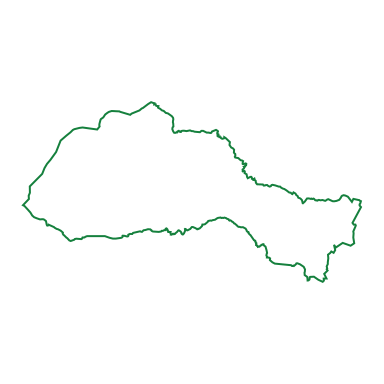 Posaga, Alba, Romania
{"feature_id": "2599482B27316510351450", "entity_name": "Posaga", "entity_type": "district", "adm_level": 2, "iso_a3": "ROU", "parent_name": "Romania", "parent_adm1": "Alba", "projection": "mercator", "projection_center": [23.36, 46.459], "detail": "fine", "context": "isolated", "style": "outline", "palette": "green", "viewbox_px": 384, "rotation_deg": 0, "n_neighbors": 0, "source": "geoboundaries", "source_scale": "gbopen_adm2", "svg_char_len": 6042}
<svg xmlns="http://www.w3.org/2000/svg" viewBox="0 0 384 384"><path d="M350.6,245.7L354.2,243.3L353.3,237.5L353.6,233.2L353.3,231.5L355.8,225.6L355.4,224.6L353.7,224.6L352.5,222.9L361.0,207.1L359.6,205.5L359.7,204.6L359.6,204.3L360.3,203.3L360.9,201.2L360.0,200.9L359.4,200.2L353.4,198.9L351.9,201.9L347.9,196.7L345.5,195.6L343.7,195.2L342.2,195.7L341.5,196.3L340.9,197.6L339.3,199.8L336.5,200.9L334.1,201.3L332.6,201.2L328.3,199.2L327.3,199.5L325.4,200.8L325.0,200.8L322.5,200.0L320.4,200.3L318.9,199.9L318.1,200.1L317.6,200.6L316.7,200.3L316.4,200.5L315.2,200.2L314.3,199.1L313.6,198.6L312.5,199.0L311.6,198.6L311.0,199.0L310.3,198.7L308.3,198.4L307.0,198.5L304.8,201.6L302.9,203.3L302.7,203.2L302.0,200.2L300.8,198.9L300.2,198.4L298.3,197.7L297.6,196.0L296.2,195.0L295.9,194.2L295.4,193.5L293.5,192.4L292.4,194.1L291.9,193.9L290.7,192.7L289.2,192.5L286.5,190.4L284.3,189.0L282.9,188.6L281.2,187.7L280.1,186.6L278.8,186.6L275.2,185.4L272.5,184.8L271.5,185.1L270.8,186.2L269.7,186.6L268.3,186.0L267.1,185.0L265.2,185.2L264.9,185.5L264.2,185.5L263.6,185.5L262.9,184.5L257.1,184.3L256.7,183.9L256.6,183.5L255.9,182.8L255.7,180.8L254.8,180.1L254.4,178.6L254.1,178.8L253.9,180.0L253.2,179.9L253.0,179.0L251.9,178.8L251.9,177.8L251.4,176.9L250.3,176.9L247.8,178.2L247.1,177.0L246.6,174.3L244.6,173.1L244.8,171.4L244.4,171.0L242.8,171.4L242.6,171.1L242.9,170.6L242.6,169.5L243.9,168.5L244.3,167.4L243.9,166.8L245.1,166.5L245.1,165.8L246.1,165.3L246.3,163.8L245.7,163.4L243.1,164.2L242.7,164.0L242.6,163.2L243.1,161.1L242.1,160.5L240.6,160.2L238.3,158.1L235.2,157.5L234.8,156.8L235.4,155.3L235.2,153.9L234.6,153.5L233.9,152.6L234.1,149.7L233.0,148.4L231.2,147.5L229.5,145.0L229.9,142.1L225.6,138.0L224.3,137.2L224.3,138.0L223.9,138.4L222.2,138.8L221.0,138.1L220.7,137.3L219.6,137.2L219.6,136.4L218.2,136.5L217.7,136.1L217.5,135.9L218.5,134.7L218.5,134.4L217.9,134.0L217.3,133.9L217.2,133.0L218.0,131.6L217.9,131.2L217.7,130.9L216.0,129.9L212.0,131.5L211.3,132.8L210.4,133.0L208.5,132.6L206.7,132.6L203.2,130.9L201.4,130.9L199.9,132.2L194.6,131.7L192.9,131.1L191.7,131.1L190.0,130.4L186.5,131.1L183.9,130.7L182.2,130.8L181.2,131.1L181.0,131.9L180.2,132.0L178.8,130.8L178.5,130.9L178.2,131.4L177.8,131.3L177.4,131.5L177.2,131.7L177.1,132.4L176.2,132.4L175.7,132.8L174.2,132.8L173.2,131.4L172.3,129.1L172.6,127.4L173.4,126.5L173.2,123.4L172.9,122.4L173.0,120.8L173.3,119.6L173.2,118.4L173.1,117.9L172.1,116.5L171.6,116.0L167.9,113.4L165.8,112.9L163.7,110.9L162.0,110.4L160.1,108.8L158.4,107.9L158.0,107.6L158.4,106.1L156.3,105.9L155.7,104.8L155.6,104.3L154.3,104.5L154.4,104.1L154.2,103.9L154.4,103.2L153.6,103.1L151.1,102.2L148.2,104.0L142.9,108.0L141.7,108.5L139.5,110.4L131.6,113.6L130.2,114.8L120.1,111.8L119.5,111.4L111.7,111.0L108.9,111.9L107.6,112.7L105.2,114.5L103.3,117.4L100.9,119.1L100.6,119.6L99.5,123.6L99.3,125.1L99.6,126.5L97.2,129.5L82.6,127.5L79.5,127.9L74.3,129.2L72.8,130.0L70.5,132.3L66.4,135.6L60.6,140.6L56.1,152.0L50.4,159.9L47.0,163.9L44.5,168.1L42.2,173.9L29.8,186.4L29.9,192.8L28.7,195.7L28.9,199.0L23.0,205.2L24.5,206.0L27.0,208.7L30.4,212.5L32.2,215.5L34.1,217.2L36.8,218.3L40.0,219.4L42.3,219.2L43.5,219.3L44.3,219.7L46.0,221.1L46.7,224.6L47.1,225.5L47.7,225.6L48.9,225.1L48.9,224.8L54.0,227.1L54.6,227.7L56.6,228.9L58.1,229.3L60.7,230.7L62.9,232.6L62.7,233.6L63.4,234.8L64.0,235.2L66.5,237.7L67.2,238.1L69.3,240.4L70.7,241.0L74.3,239.7L74.7,239.1L76.2,238.7L81.3,239.1L81.9,238.8L82.5,237.5L83.0,237.4L83.7,237.6L84.6,237.4L85.3,236.8L87.2,236.1L104.8,236.1L109.6,237.8L112.9,238.6L114.2,238.6L115.8,238.6L120.7,237.9L121.6,237.7L122.3,237.2L122.6,236.7L122.5,235.8L122.6,235.7L124.3,235.8L127.2,236.5L128.0,236.3L128.4,235.7L128.3,234.7L130.0,233.9L132.2,234.0L133.1,232.9L140.1,231.3L141.3,231.8L142.1,231.8L143.5,230.3L145.4,230.0L148.0,229.2L150.4,229.4L151.1,230.2L151.4,230.2L151.7,230.9L152.9,231.5L158.7,231.9L161.1,231.5L161.8,230.8L162.8,230.9L164.3,230.1L165.5,230.1L165.7,228.7L166.5,228.4L167.3,229.2L167.6,229.8L167.6,230.5L168.3,231.2L168.1,231.7L168.2,232.0L170.6,232.0L170.4,233.2L170.9,234.0L170.8,234.6L171.7,234.7L172.7,233.8L173.8,233.8L174.0,234.2L175.0,233.9L175.5,233.2L177.1,231.9L178.2,230.5L178.8,230.3L180.7,231.6L181.5,232.8L181.4,233.4L182.2,234.3L182.8,234.5L183.2,234.3L184.0,233.3L184.9,231.3L185.2,230.1L184.9,229.0L185.0,228.9L185.6,229.0L187.0,230.3L187.6,230.3L190.3,228.9L191.7,227.1L192.8,227.0L195.6,228.2L197.2,229.3L198.0,228.8L198.3,229.0L199.8,228.3L202.0,226.1L202.4,224.5L203.8,224.5L205.0,224.2L207.7,221.9L208.2,221.0L210.3,220.5L211.4,220.7L212.5,220.2L215.1,219.7L217.1,218.3L218.0,217.9L220.6,217.5L221.3,218.0L222.5,217.8L223.2,218.0L224.4,217.6L226.3,218.2L226.6,218.6L228.6,219.3L228.9,220.1L229.5,220.6L230.3,220.3L231.4,220.9L232.1,221.7L233.2,222.2L234.1,223.4L234.8,223.6L237.1,225.6L237.6,226.3L238.7,226.9L239.7,226.9L241.0,227.3L243.0,227.2L245.6,228.6L246.6,230.3L246.7,230.9L247.6,231.9L248.4,232.0L248.7,232.6L248.6,233.3L250.0,234.8L250.4,235.0L254.0,240.2L254.6,240.3L254.9,240.8L255.3,240.9L255.5,241.3L255.3,241.6L255.3,241.8L255.9,242.6L255.9,242.9L256.3,243.2L256.0,243.6L256.2,244.2L256.1,244.5L256.3,244.8L256.2,245.1L256.8,245.3L257.3,245.7L257.2,246.0L257.7,246.3L257.9,246.9L258.7,246.6L259.3,246.7L259.9,246.3L260.3,245.7L260.9,245.5L261.4,244.9L261.8,245.0L262.6,244.3L263.5,244.2L263.9,245.4L265.5,246.6L266.5,250.1L267.1,253.0L266.6,254.1L266.4,255.6L267.0,256.5L266.9,257.5L268.9,257.6L270.1,258.4L269.9,260.1L272.4,262.3L274.8,263.6L291.1,265.2L292.0,266.0L292.7,266.0L293.3,265.6L293.9,266.0L295.9,264.3L296.4,263.4L297.4,263.3L300.0,264.3L303.7,266.8L305.0,269.4L304.8,271.9L304.5,272.7L304.7,275.1L307.1,276.8L307.4,277.9L307.6,280.5L308.5,280.4L309.4,279.6L309.6,278.9L309.7,277.2L310.2,276.9L313.9,276.7L318.4,279.8L322.7,281.8L323.9,280.6L323.7,278.6L326.5,278.5L324.2,273.9L327.6,270.5L326.7,269.2L327.2,268.5L326.7,266.4L327.8,264.1L327.8,262.2L328.3,258.3L328.0,254.7L330.2,253.0L331.3,251.5L333.6,252.8L335.2,250.1L334.0,244.8L335.0,246.4L336.0,247.4L342.7,242.9L350.6,245.7Z" fill="none" stroke="#15803d" stroke-width="2"/></svg>